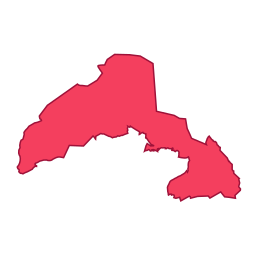 San Ildefonso Villa Alta, Oaxaca, Mexico, rotated 269°
{"feature_id": "50627088B33272492236803", "entity_name": "San Ildefonso Villa Alta", "entity_type": "district", "adm_level": 2, "iso_a3": "MEX", "parent_name": "Mexico", "parent_adm1": "Oaxaca", "projection": "mercator", "projection_center": [-96.154, 17.373], "detail": "fine", "context": "isolated", "style": "filled", "palette": "rose", "viewbox_px": 256, "rotation_deg": 269, "n_neighbors": 0, "source": "geoboundaries", "source_scale": "gbopen_adm2", "svg_char_len": 5174}
<svg xmlns="http://www.w3.org/2000/svg" viewBox="0 0 256 256"><g transform="rotate(269 128 128)"><path d="M60.2,167.4L60.7,168.0L61.1,168.6L61.1,169.8L61.0,170.4L60.2,170.4L60.4,171.1L60.3,172.4L60.0,172.9L58.8,173.1L57.6,172.6L56.9,174.6L57.8,178.4L54.2,179.5L58.8,188.1L58.2,189.1L56.7,189.3L58.4,196.4L58.6,207.0L56.5,208.7L62.5,219.6L57.5,223.4L57.0,227.7L55.9,234.2L58.8,233.8L63.7,239.2L65.1,239.4L67.3,237.7L68.1,237.8L71.1,238.7L75.2,237.8L75.5,238.4L75.9,238.1L80.8,233.0L83.2,232.9L83.4,232.1L84.9,231.4L87.2,231.5L89.8,231.5L91.4,229.7L93.0,228.6L92.8,228.2L93.8,227.7L96.3,226.7L99.0,224.2L104.0,219.6L107.0,219.9L107.6,218.7L109.1,217.6L109.5,216.9L112.0,216.1L113.0,214.8L112.8,214.1L113.7,212.8L114.0,212.9L114.3,212.7L114.8,211.9L115.3,211.3L116.2,210.7L116.5,210.4L117.2,210.1L117.5,209.7L117.9,209.2L118.4,209.1L118.1,208.4L117.8,208.2L116.6,207.5L116.2,207.1L115.9,207.1L114.7,206.6L112.9,205.9L112.0,205.6L110.6,205.8L110.3,206.0L110.0,206.1L112.3,201.0L113.1,199.1L114.4,196.3L115.4,193.9L116.6,191.4L116.9,191.2L119.9,190.0L122.7,188.8L126.3,187.2L128.0,186.9L136.1,185.7L136.7,179.6L139.8,174.4L141.4,168.0L144.2,156.8L192.0,154.1L199.7,141.5L201.2,130.8L201.2,130.7L201.8,115.9L196.9,108.5L193.3,106.6L191.5,105.9L191.4,105.0L191.4,103.3L191.3,101.5L191.0,99.6L190.5,99.0L189.3,99.4L187.9,100.3L186.1,101.4L184.8,102.4L183.2,103.3L183.1,103.2L176.3,98.0L170.6,88.3L170.7,87.7L170.8,86.2L171.1,84.4L171.3,82.9L171.3,81.4L171.5,80.5L171.8,79.4L172.2,78.9L172.8,78.2L162.7,63.4L152.1,47.8L141.6,39.6L141.3,39.6L140.4,39.7L138.7,40.1L138.1,41.2L136.9,41.6L135.6,38.5L135.1,36.7L134.7,34.7L133.5,32.6L131.5,29.0L129.4,27.4L127.7,25.6L126.0,24.3L125.2,23.9L123.4,24.1L119.7,23.1L118.6,22.7L117.6,20.9L115.6,20.1L112.6,19.5L110.2,19.7L107.8,18.5L104.8,18.3L102.9,18.8L101.7,19.5L99.4,19.8L97.1,19.6L95.1,19.1L93.0,18.2L90.9,16.6L89.2,17.2L88.4,18.3L87.4,18.4L86.2,18.1L85.3,18.8L84.6,19.7L84.5,20.9L84.0,22.2L84.6,23.2L85.2,24.5L86.0,26.7L86.7,28.1L87.6,29.9L88.1,30.8L88.4,31.5L89.6,32.4L90.6,33.5L91.4,34.8L91.2,35.9L91.9,35.9L92.3,35.1L92.7,34.4L93.5,34.6L93.9,34.5L94.3,34.8L95.2,37.1L96.4,39.1L96.7,40.4L97.2,42.4L97.4,43.0L97.4,46.2L97.0,47.0L96.8,48.6L96.9,50.1L97.4,51.4L97.9,52.1L98.4,52.9L98.8,53.8L99.3,54.8L99.7,55.7L99.8,56.3L100.0,56.7L100.2,57.6L100.2,58.1L100.2,58.5L100.2,59.4L99.5,63.1L111.6,69.0L110.8,83.2L120.6,92.9L119.8,93.7L119.0,94.4L117.6,95.2L117.4,95.4L118.8,95.5L119.3,95.6L119.5,95.7L120.2,95.6L120.4,95.8L123.0,100.8L122.5,102.0L122.5,103.8L121.8,105.1L120.0,108.8L119.8,110.1L118.5,112.3L119.0,113.5L119.3,116.2L120.4,117.7L119.9,119.0L120.5,120.6L120.7,121.3L120.7,122.3L121.7,124.6L122.3,126.4L122.7,127.7L123.9,127.4L125.0,127.2L125.5,127.6L125.9,127.8L126.2,127.7L127.0,127.5L127.3,127.4L128.1,127.5L128.6,127.8L129.1,128.0L129.8,127.8L128.8,129.6L129.0,130.2L129.8,130.4L126.2,135.8L124.0,139.5L121.3,139.1L121.4,139.5L122.8,141.2L123.2,142.3L123.3,142.9L122.6,143.2L121.7,145.8L121.0,145.6L120.3,145.8L118.9,145.6L117.9,145.5L117.5,145.8L117.6,146.3L117.1,146.6L116.3,147.2L113.6,148.9L111.2,150.8L109.8,153.8L109.7,150.3L112.1,146.9L109.8,145.7L104.5,144.1L104.8,144.6L105.0,145.0L105.3,146.1L105.2,146.4L105.4,147.0L105.7,147.6L106.0,148.1L106.1,148.5L105.8,149.0L105.2,149.5L104.6,149.9L104.7,150.6L105.0,152.1L104.7,153.1L104.5,154.1L105.9,152.1L106.0,153.0L105.5,154.5L104.8,155.6L104.4,156.6L104.0,157.2L104.9,157.2L105.3,158.1L105.9,158.6L106.3,157.9L106.3,157.0L106.7,157.2L107.0,158.1L106.7,159.3L107.2,160.0L107.7,160.9L107.5,162.2L107.6,163.6L107.6,164.8L107.4,165.0L107.2,165.2L107.1,165.3L106.9,165.3L106.7,165.2L106.7,165.6L106.7,165.8L106.7,166.1L106.8,166.2L107.0,166.5L107.3,166.8L107.4,167.0L107.4,167.3L107.4,167.5L107.2,168.0L107.0,168.3L106.8,168.5L106.7,168.7L106.6,168.8L106.6,169.1L106.6,169.7L106.5,170.0L106.5,170.3L106.6,170.5L106.6,170.8L106.6,171.2L106.7,171.3L106.7,171.5L106.8,171.6L106.9,171.8L107.0,172.0L107.2,172.4L107.2,172.5L107.3,172.6L107.3,172.8L107.5,172.9L107.2,172.7L106.9,172.4L106.8,172.2L106.7,172.1L106.3,172.0L106.2,171.9L106.0,171.7L105.9,171.6L105.7,171.5L105.4,171.5L105.2,171.4L105.0,171.5L104.9,171.5L104.9,171.8L104.9,172.1L104.9,172.3L105.0,172.4L104.8,172.4L104.7,172.6L104.7,172.8L104.8,172.9L104.8,173.2L104.8,173.3L104.8,173.5L104.7,173.5L104.4,173.8L104.2,174.0L104.0,174.3L103.9,174.5L103.7,174.7L103.6,174.8L103.7,175.0L103.8,175.2L104.0,175.5L104.5,176.0L104.7,176.6L104.6,176.9L104.6,177.0L104.4,177.2L104.1,177.8L103.7,178.1L102.8,178.6L102.0,178.5L101.5,178.4L100.6,178.5L100.1,178.4L99.5,178.3L99.0,178.2L98.7,178.3L98.1,178.0L97.9,178.7L97.5,180.4L97.3,181.8L97.1,183.2L97.0,184.7L97.3,186.6L98.1,187.9L97.6,188.2L96.4,188.4L94.4,189.0L92.7,187.9L91.7,187.8L91.1,187.6L90.1,187.6L89.7,187.5L89.0,187.7L87.8,187.5L87.0,187.5L86.0,187.1L84.5,187.4L84.1,187.2L82.8,186.7L83.4,186.3L84.2,185.8L83.9,185.6L83.0,184.9L81.9,183.9L81.0,182.4L80.3,181.1L79.5,179.9L79.0,178.6L78.6,177.5L77.9,176.4L77.4,175.5L76.8,174.1L75.9,172.6L75.3,171.4L74.9,170.5L74.2,169.6L73.7,169.1L72.5,168.5L71.2,167.9L69.4,166.9L68.0,166.4L66.4,166.5L65.0,166.6L63.5,166.7L62.5,167.0L61.4,167.1L60.4,167.2L60.2,167.4Z" fill="#f43f5e" stroke="#9f1239" stroke-width="1.5"/></g></svg>